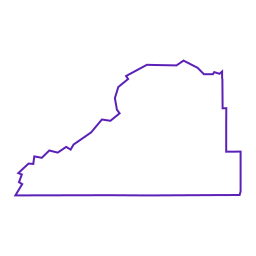 Scott, Minnesota, United States of America
{"feature_id": "52423323B60044355974523", "entity_name": "Scott", "entity_type": "district", "adm_level": 2, "iso_a3": "USA", "parent_name": "United States of America", "parent_adm1": "Minnesota", "projection": "albers", "projection_center": [-93.571, 44.678], "detail": "fine", "context": "isolated", "style": "outline", "palette": "violet", "viewbox_px": 256, "rotation_deg": 0, "n_neighbors": 0, "source": "geoboundaries", "source_scale": "gbopen_adm2", "svg_char_len": 695}
<svg xmlns="http://www.w3.org/2000/svg" viewBox="0 0 256 256"><path d="M153.0,195.4L212.4,195.1L239.6,195.0L240.6,191.4L240.6,151.6L226.2,151.7L226.2,126.3L226.3,108.2L222.6,108.3L222.5,93.8L222.4,79.4L222.1,77.8L222.1,71.5L219.5,73.8L214.2,72.1L212.9,74.2L203.9,74.2L197.6,67.8L183.5,60.6L176.5,65.4L154.3,65.0L146.9,64.8L126.1,76.0L128.1,79.0L118.3,87.0L114.9,98.1L116.6,107.9L116.9,109.7L119.6,113.3L110.4,120.8L101.9,119.5L91.1,132.4L73.6,144.5L70.6,149.6L66.2,146.9L57.7,152.6L49.3,150.5L41.8,157.8L34.3,156.4L33.3,163.9L28.5,163.6L18.3,173.1L21.8,174.5L19.0,182.2L22.2,184.1L15.4,195.4L109.3,195.2L126.8,195.3L143.1,195.4L153.0,195.4Z" fill="none" stroke="#5b21b6" stroke-width="2"/></svg>